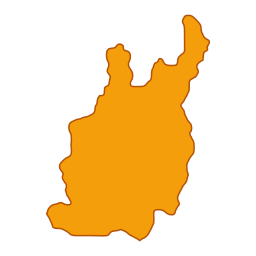 Moca, Espaillat, Dominican Republic (Mercator projection)
{"feature_id": "3306468B60047889099268", "entity_name": "Moca", "entity_type": "district", "adm_level": 2, "iso_a3": "DOM", "parent_name": "Dominican Republic", "parent_adm1": "Espaillat", "projection": "mercator", "projection_center": [-70.493, 19.469], "detail": "fine", "context": "isolated", "style": "filled", "palette": "amber", "viewbox_px": 256, "rotation_deg": 0, "n_neighbors": 0, "source": "geoboundaries", "source_scale": "gbopen_adm2", "svg_char_len": 5771}
<svg xmlns="http://www.w3.org/2000/svg" viewBox="0 0 256 256"><path d="M172.7,214.8L173.9,214.2L174.3,214.0L174.6,213.6L174.9,212.7L175.5,210.8L175.9,209.8L177.8,206.4L178.8,205.1L179.2,204.4L179.2,203.9L179.2,203.0L178.8,202.1L178.0,200.4L177.7,199.3L177.6,197.7L177.8,196.6L177.9,196.0L178.3,195.1L179.3,193.2L180.2,191.2L181.7,188.5L182.6,186.6L183.3,185.6L185.8,182.4L186.4,181.4L186.6,180.9L187.3,177.7L188.1,175.4L188.2,174.5L188.0,173.7L187.2,171.4L187.0,169.8L186.8,168.0L186.8,166.3L186.9,164.5L187.2,163.4L187.5,162.4L188.8,160.1L189.7,158.1L190.3,157.2L192.5,154.5L193.2,153.5L193.4,153.0L193.8,151.9L194.0,150.1L194.1,147.6L194.0,145.1L193.9,143.3L193.6,142.1L193.3,141.0L192.0,138.8L191.1,136.8L190.2,135.1L189.9,134.2L189.8,133.7L189.9,132.8L190.0,132.4L191.0,131.2L191.2,130.8L191.4,129.9L191.6,128.8L191.6,127.7L191.5,126.6L191.3,125.5L191.1,125.0L190.6,123.9L188.0,120.7L187.4,119.8L186.5,117.8L185.0,115.0L184.7,113.9L184.2,111.7L183.9,110.7L183.3,109.7L181.4,107.1L181.0,106.2L180.9,105.7L181.0,105.2L181.1,104.7L181.6,103.8L183.4,101.7L184.0,100.7L184.9,98.8L186.5,96.1L187.4,94.1L188.3,92.2L188.8,91.3L189.0,90.1L189.2,88.9L189.2,82.8L189.4,81.7L189.7,80.7L190.0,80.3L190.7,79.6L193.6,77.9L194.9,77.2L195.7,76.7L196.3,75.9L197.5,73.8L198.0,72.9L198.2,71.9L198.2,70.8L197.9,69.9L197.1,68.2L196.8,67.2L196.8,66.1L197.1,65.1L197.4,64.6L198.0,63.6L198.8,62.8L199.7,62.0L201.2,61.0L202.9,60.1L203.4,54.8L203.8,53.0L204.3,52.1L205.1,51.5L206.7,50.7L207.3,50.0L207.4,49.6L207.5,48.7L207.3,47.9L207.0,47.3L209.1,43.2L209.4,42.3L209.4,41.9L209.3,41.4L208.8,40.6L208.2,40.0L207.4,39.5L206.0,38.8L204.9,37.9L204.2,37.2L203.6,36.3L202.0,33.0L201.6,32.0L201.2,30.2L200.8,26.5L200.5,25.3L199.9,24.2L198.4,22.3L195.8,19.5L193.5,17.3L192.0,16.2L190.8,15.7L189.0,15.4L187.2,15.4L186.1,15.6L185.6,15.8L185.1,16.1L184.4,16.9L183.0,19.4L182.7,20.3L182.6,21.4L182.7,22.5L183.1,23.4L183.7,24.7L184.1,25.8L184.3,27.0L184.5,28.9L184.6,48.3L184.6,50.1L184.4,51.3L184.0,52.3L183.7,52.8L183.0,53.4L181.4,54.6L180.1,55.7L178.9,57.0L178.3,57.9L178.1,58.5L177.8,59.6L177.4,63.0L177.0,64.1L176.7,64.5L176.3,64.8L175.3,65.3L174.2,65.4L173.1,65.5L170.6,65.5L168.8,65.4L167.6,65.2L166.5,64.9L165.5,64.4L165.0,64.1L164.3,63.3L163.8,62.5L162.7,60.2L161.7,59.2L160.9,58.7L160.5,58.6L160.0,58.6L159.5,58.7L159.1,59.0L158.8,59.3L158.6,59.7L158.1,61.2L157.7,61.8L157.0,62.3L155.0,63.2L154.7,63.5L154.2,64.3L153.3,67.2L152.2,69.6L151.9,70.6L151.6,72.5L151.5,76.2L151.4,77.4L151.2,78.6L151.0,79.1L150.5,80.0L149.4,81.1L147.6,82.5L146.2,84.4L145.1,85.4L144.2,85.9L143.6,86.2L142.4,86.4L141.2,86.5L135.4,86.6L133.1,86.5L132.0,86.3L131.5,86.0L131.0,85.7L130.7,85.2L130.4,84.3L130.3,83.8L130.4,82.8L130.7,81.7L131.9,79.5L132.3,78.5L132.6,76.7L132.6,75.4L132.6,74.2L132.4,72.9L132.0,71.8L129.0,67.0L128.5,64.9L128.4,63.8L128.6,62.8L129.8,60.0L130.2,58.3L130.4,57.0L130.3,55.8L130.2,54.5L129.8,53.4L129.2,52.5L128.9,52.1L128.1,51.5L127.2,51.1L124.9,50.4L124.1,49.9L123.8,49.5L123.4,48.6L123.3,47.6L123.2,46.0L121.7,44.7L120.8,44.2L119.7,44.1L118.7,44.2L118.2,44.4L117.4,45.0L116.8,45.6L115.7,47.1L114.9,47.6L113.9,48.0L110.5,48.4L109.4,48.7L108.9,48.9L108.1,49.6L107.4,50.4L107.1,50.8L106.8,52.0L106.6,53.2L106.5,55.0L106.7,57.5L106.9,58.7L107.2,59.9L108.5,62.7L108.8,63.8L108.8,64.9L108.7,66.0L108.5,67.0L107.7,68.8L107.4,69.7L107.3,70.8L107.3,71.3L107.4,71.8L107.9,72.8L109.5,75.0L110.0,75.8L110.3,76.8L110.2,77.7L109.6,80.0L108.9,84.0L108.5,85.0L108.2,85.4L107.9,85.7L105.6,86.8L105.2,87.1L104.9,87.5L104.7,87.9L104.5,89.5L104.3,92.9L104.1,94.0L103.9,94.4L103.5,94.9L103.1,95.2L102.7,95.4L101.7,95.6L99.6,95.7L98.4,97.4L97.9,98.3L97.5,99.5L97.0,103.0L96.8,104.0L96.6,104.5L95.6,105.8L95.3,106.8L94.9,110.2L94.6,111.4L94.2,112.4L93.9,112.8L93.2,113.6L92.4,114.2L91.9,114.5L87.7,116.5L86.6,116.8L83.9,117.3L82.9,117.7L80.5,118.7L79.5,119.0L76.8,119.5L75.8,119.9L71.5,121.9L70.3,122.9L69.7,123.7L69.2,124.8L69.0,125.4L68.9,126.6L68.9,127.8L69.0,129.1L69.3,130.3L69.6,131.4L70.8,133.7L71.2,135.4L71.3,137.3L71.4,140.4L71.2,142.9L71.0,145.0L71.4,148.3L71.4,151.2L71.3,153.0L71.1,154.1L70.9,154.6L70.3,155.5L69.6,156.2L68.8,156.8L66.8,157.7L65.9,158.2L64.1,159.6L62.4,161.2L61.2,162.5L60.5,163.4L59.9,164.4L59.7,165.5L59.6,166.1L59.6,167.2L59.8,168.3L60.0,168.8L60.6,169.8L62.6,172.4L63.0,173.3L63.1,173.8L63.1,174.2L62.5,176.3L62.4,176.8L62.4,177.8L62.5,178.3L62.9,179.3L64.6,182.2L65.9,183.9L66.3,184.9L66.4,186.0L66.4,187.2L66.1,188.2L65.4,190.1L66.2,192.4L66.9,195.1L68.4,197.2L69.6,199.6L70.8,201.7L71.0,202.6L71.0,203.1L70.8,203.6L70.5,204.0L70.1,204.4L69.7,204.6L69.2,204.7L68.2,204.8L66.6,204.7L65.5,204.5L64.5,204.1L62.7,203.2L61.8,202.8L61.3,202.7L60.2,202.7L59.2,202.9L57.4,203.7L56.4,204.0L53.7,204.6L52.7,205.0L51.7,205.5L50.7,206.2L49.5,207.5L48.8,208.4L48.2,209.4L48.0,209.9L47.3,212.1L46.6,213.8L49.7,218.9L50.5,221.0L51.8,223.7L52.7,226.6L53.2,227.4L54.1,227.9L55.1,228.2L56.1,228.3L60.0,228.5L61.1,228.7L62.2,229.0L66.4,231.2L67.4,231.8L70.5,234.4L71.5,234.9L72.1,235.1L73.9,235.5L76.4,235.6L91.8,235.6L103.3,235.8L105.8,235.7L107.5,235.4L108.4,234.9L108.7,234.6L109.8,233.1L110.5,232.4L111.3,231.8L112.3,231.3L113.4,231.1L117.6,230.5L120.0,229.8L120.8,229.7L121.3,229.7L122.2,230.0L125.4,231.5L126.4,232.1L129.1,234.4L130.0,235.0L131.0,235.6L132.9,236.5L135.2,237.8L137.2,238.7L138.0,239.3L139.7,240.6L141.0,239.6L141.8,239.0L142.8,238.5L143.9,238.1L145.6,236.9L146.5,236.1L147.7,234.8L148.4,233.9L149.0,232.9L149.9,231.0L151.2,228.7L152.0,226.7L153.0,224.9L153.4,223.9L153.7,222.8L153.8,221.0L153.9,219.2L153.7,214.3L153.8,212.6L154.0,211.5L154.2,211.1L154.6,210.6L155.0,210.3L156.0,209.9L157.1,209.7L159.5,209.7L160.7,209.8L161.9,210.1L163.1,210.5L163.6,210.7L164.5,211.4L166.8,213.2L168.3,214.1L169.9,214.6L172.7,214.8Z" fill="#f59e0b" stroke="#b45309" stroke-width="1.5"/></svg>